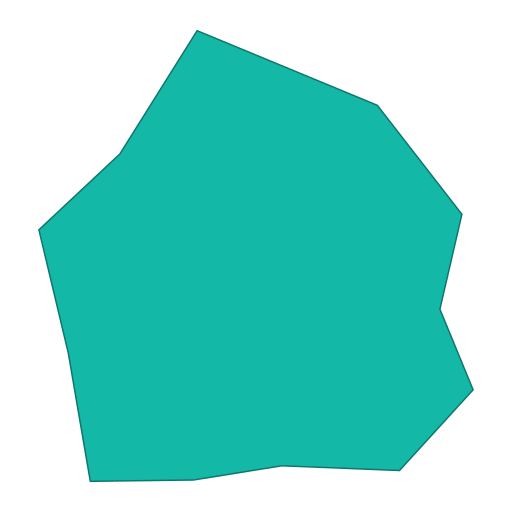 map outline of Békéscsaba (Equal Earth projection)
{"feature_id": "HUN-4919", "entity_name": "Békéscsaba", "entity_type": "Urban county", "adm_level": 1, "iso_a3": "HUN", "parent_name": "Hungary", "parent_adm1": "", "projection": "equal_earth", "projection_center": [21.092, 46.759], "detail": "fine", "context": "isolated", "style": "filled", "palette": "teal", "viewbox_px": 512, "rotation_deg": 0, "n_neighbors": 0, "source": "natural_earth", "source_scale": "10m", "svg_char_len": 283}
<svg xmlns="http://www.w3.org/2000/svg" viewBox="0 0 512 512"><path d="M197.1,30.7L377.3,105.3L461.9,214.3L439.9,309.2L473.1,389.8L399.5,470.5L281.7,465.8L193.4,480.0L90.3,481.3L68.3,353.1L38.9,229.8L119.9,153.9L197.1,30.7Z" fill="#14b8a6" stroke="#0f766e" stroke-width="1.5"/></svg>